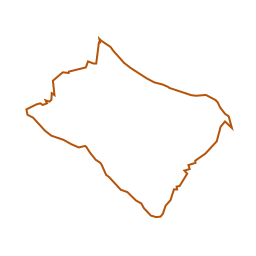 the district of Georgetown, South Carolina, United States of America, rotated 277°
{"feature_id": "52423323B59284003127327", "entity_name": "Georgetown", "entity_type": "district", "adm_level": 2, "iso_a3": "USA", "parent_name": "United States of America", "parent_adm1": "South Carolina", "projection": "natural_earth1", "projection_center": [-79.335, 33.445], "detail": "fine", "context": "isolated", "style": "outline", "palette": "amber", "viewbox_px": 256, "rotation_deg": 277, "n_neighbors": 0, "source": "geoboundaries", "source_scale": "gbopen_adm2", "svg_char_len": 1080}
<svg xmlns="http://www.w3.org/2000/svg" viewBox="0 0 256 256"><g transform="rotate(277 128 128)"><path d="M140.7,231.1L151.9,226.5L153.8,222.7L159.5,217.0L164.5,213.8L166.4,211.5L170.3,201.3L168.3,191.7L168.3,186.7L172.8,164.2L173.8,162.5L175.4,156.9L176.5,148.5L179.5,140.6L188.0,123.1L192.2,116.1L203.1,103.7L206.3,100.8L211.5,90.6L213.0,88.7L209.5,89.8L209.3,88.7L188.1,88.6L187.8,85.9L189.2,80.2L183.0,78.8L176.8,62.5L175.4,62.4L175.3,56.5L165.8,47.7L151.7,51.0L153.2,48.1L146.6,48.5L144.6,46.8L145.4,42.8L142.6,44.6L140.5,40.6L141.8,38.0L140.2,34.1L134.1,24.9L128.9,26.6L126.7,32.5L115.2,45.9L111.0,52.9L108.4,65.4L105.0,73.7L102.7,81.5L104.9,87.5L104.4,88.7L99.0,93.2L92.6,99.7L90.1,104.7L88.5,106.2L78.8,112.0L77.2,114.9L65.8,128.4L64.3,135.2L57.0,144.8L54.7,150.4L50.2,153.7L43.9,161.3L43.0,166.6L44.0,171.1L47.2,173.1L55.5,174.8L61.6,179.0L72.7,181.1L73.0,184.2L75.8,183.4L76.7,186.3L89.8,192.3L92.6,189.2L94.8,194.2L98.6,192.5L101.6,199.2L103.7,198.7L112.1,208.0L125.6,217.7L140.6,219.8L146.3,223.5L140.7,231.1Z" fill="none" stroke="#b45309" stroke-width="2"/></g></svg>